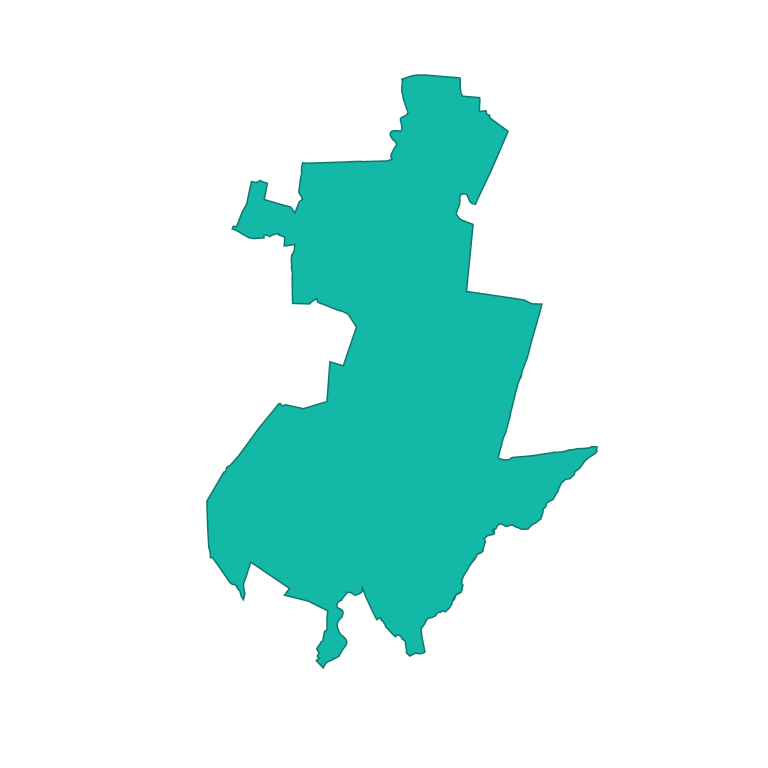 Dragomiresti, Dâmbovita, Romania, rotated 238°
{"feature_id": "2599482B73511430354191", "entity_name": "Dragomiresti", "entity_type": "district", "adm_level": 2, "iso_a3": "ROU", "parent_name": "Romania", "parent_adm1": "Dâmbovita", "projection": "equal_earth", "projection_center": [25.352, 44.9], "detail": "fine", "context": "isolated", "style": "filled", "palette": "teal", "viewbox_px": 768, "rotation_deg": 238, "n_neighbors": 0, "source": "geoboundaries", "source_scale": "gbopen_adm2", "svg_char_len": 6171}
<svg xmlns="http://www.w3.org/2000/svg" viewBox="0 0 768 768"><g transform="rotate(238 384 384)"><path d="M368.0,560.3L373.6,552.0L376.8,549.8L381.0,547.4L418.8,503.0L472.1,544.1L481.0,537.4L483.2,536.1L485.3,535.6L488.3,535.4L490.1,535.4L493.3,539.0L494.8,541.7L496.0,543.0L499.1,545.5L502.3,547.1L503.8,549.7L503.4,551.6L502.6,553.3L500.3,554.6L493.3,553.5L490.6,554.2L487.9,556.9L490.2,559.9L507.2,586.5L532.5,623.2L552.7,615.1L555.4,615.2L555.9,615.9L558.1,614.2L558.8,614.2L561.1,615.2L561.8,615.1L562.1,614.9L563.8,610.5L564.1,610.2L564.7,609.9L565.7,610.1L567.0,610.9L574.5,616.1L576.2,616.8L586.4,603.2L590.0,603.4L594.9,605.7L603.0,610.7L604.5,609.2L606.0,607.2L610.1,601.4L622.4,585.1L624.7,581.9L626.9,578.4L628.6,575.4L630.3,571.4L631.4,567.9L633.0,560.5L630.9,560.1L626.2,556.4L622.6,554.1L619.0,553.0L615.3,551.4L605.3,549.0L603.1,548.7L601.6,548.2L600.8,547.1L600.2,546.0L600.2,544.7L600.5,542.3L600.7,539.9L600.1,538.4L598.7,537.6L595.4,536.6L591.3,534.9L590.4,534.2L589.6,532.3L589.7,531.5L591.3,530.2L594.2,525.2L594.0,523.1L592.3,521.4L589.9,520.8L587.0,521.0L583.7,522.0L580.4,522.0L578.4,517.5L575.2,512.1L573.1,510.2L570.3,510.0L571.4,505.0L583.6,484.2L584.8,482.7L588.7,476.3L592.7,468.9L612.4,435.1L614.7,432.2L611.9,429.4L608.7,427.1L606.9,426.2L605.4,425.0L600.5,420.3L598.7,419.3L597.0,417.6L592.1,413.6L590.4,413.3L586.0,413.2L584.7,412.9L583.8,412.9L583.7,410.5L583.4,408.6L576.2,399.2L583.6,398.6L590.9,391.7L603.9,380.2L615.9,391.5L620.4,387.8L622.1,387.1L622.5,382.4L625.9,379.0L620.0,373.1L609.2,362.7L605.3,355.3L595.6,342.4L597.6,339.8L595.9,337.5L592.0,340.5L585.3,343.8L579.4,347.2L576.6,350.2L571.5,359.7L573.8,361.0L572.1,363.9L569.6,365.1L569.5,368.2L568.4,372.3L567.3,374.4L566.4,373.6L561.1,377.7L553.9,372.5L551.8,377.1L549.7,382.4L544.6,378.5L542.9,375.9L542.6,374.4L539.3,371.7L534.7,369.2L530.4,366.5L525.9,364.8L522.3,362.1L500.8,349.2L491.6,362.9L491.4,364.2L492.0,365.4L492.2,371.3L491.6,372.4L490.7,371.7L488.2,371.3L485.4,373.3L484.1,374.5L473.6,382.1L469.6,385.2L468.1,387.0L462.2,390.6L446.9,390.8L421.0,359.1L431.5,349.9L399.3,326.3L406.0,301.8L406.6,301.7L417.8,290.3L418.9,288.9L418.5,286.9L419.6,286.1L422.5,285.6L423.0,284.3L420.5,277.2L413.0,254.8L400.1,222.7L396.4,210.1L396.8,206.7L393.8,203.7L394.1,201.3L378.5,171.7L357.6,159.5L338.3,148.8L334.1,147.7L328.6,144.8L327.6,146.5L319.2,147.1L297.1,148.1L294.5,149.2L292.5,151.6L287.6,151.6L284.7,152.0L279.3,150.4L275.6,150.4L277.5,152.7L279.2,154.3L280.5,155.2L285.9,157.1L287.8,158.3L290.5,160.7L293.5,164.8L303.6,176.6L260.8,195.5L257.6,187.7L240.3,204.5L221.5,216.1L215.4,211.4L205.9,205.5L205.6,204.7L205.8,202.5L200.4,197.5L198.3,195.9L198.6,194.0L197.9,192.5L196.8,191.6L197.0,190.5L195.0,186.6L190.3,186.3L188.8,183.4L187.5,183.0L185.9,183.8L185.5,183.2L185.4,180.0L175.4,182.0L177.3,185.2L178.3,188.3L177.5,193.9L177.0,201.3L180.3,207.4L182.7,213.6L185.1,215.9L186.6,216.3L189.3,216.2L194.9,214.5L198.7,214.7L203.3,215.8L206.1,217.9L207.7,221.0L208.8,225.1L211.5,228.0L213.1,228.6L215.0,228.5L218.7,226.2L220.0,226.1L222.0,227.5L223.2,229.0L223.4,231.3L223.2,233.6L224.3,235.4L226.6,242.1L225.9,244.0L224.9,245.2L220.1,247.4L219.1,252.7L219.5,255.3L221.2,256.6L223.7,257.9L212.7,255.7L189.5,253.0L187.9,253.1L188.0,255.4L187.8,257.1L186.2,256.7L184.3,256.8L183.0,257.5L181.1,257.2L180.0,257.6L179.2,257.2L177.2,256.9L167.5,258.7L163.7,259.7L163.7,260.4L163.9,261.3L164.3,262.3L163.7,262.9L161.7,264.3L160.4,264.5L158.1,264.3L154.7,265.6L153.6,265.4L150.8,263.8L146.2,262.1L145.3,261.5L144.7,260.7L144.1,260.6L139.6,261.7L139.2,267.2L139.3,267.9L138.0,269.2L136.1,271.7L135.2,274.3L135.0,276.7L150.3,282.5L154.4,284.4L156.8,285.8L159.0,291.3L162.0,296.2L160.4,302.1L160.2,305.1L161.3,307.0L161.5,308.8L161.2,309.9L160.4,310.9L161.0,312.8L158.1,315.7L158.8,317.3L159.0,319.8L159.4,320.5L159.7,321.7L161.1,323.9L161.2,324.7L162.4,325.6L163.1,327.0L164.1,327.7L163.9,328.9L164.1,329.7L165.1,329.2L165.7,330.3L165.2,330.8L165.6,331.7L166.6,331.9L166.9,332.7L166.6,334.4L167.5,334.8L167.6,335.2L166.7,336.1L166.7,337.2L166.3,338.4L166.7,339.1L167.3,339.9L167.8,341.0L168.5,340.9L169.1,341.2L169.0,342.0L169.6,342.5L170.3,342.6L171.1,343.2L171.1,344.3L174.3,344.3L174.8,344.6L177.5,347.6L179.0,349.8L180.7,352.9L182.0,356.0L182.8,357.5L183.6,358.4L186.1,364.4L186.1,364.9L186.8,365.2L186.9,366.0L187.2,366.1L187.3,366.5L186.9,366.9L186.9,367.3L187.5,367.6L187.7,368.1L187.5,368.5L187.7,369.0L188.2,369.4L188.2,369.9L189.1,371.1L189.4,371.9L190.1,373.0L190.3,374.7L189.8,376.2L189.6,375.9L189.4,377.8L189.9,378.8L190.0,379.6L192.2,381.2L194.2,383.9L195.8,385.0L195.8,386.0L196.3,386.3L197.1,386.4L198.2,387.0L199.3,387.0L200.2,387.6L200.1,389.2L200.4,390.4L199.9,393.7L199.2,394.9L198.4,397.6L198.5,398.2L199.2,398.6L199.6,398.6L200.5,399.4L201.2,399.3L201.8,398.5L202.6,399.3L202.9,400.2L202.1,400.6L201.9,402.0L202.5,403.2L203.2,403.9L203.9,405.9L203.9,407.4L203.4,409.0L201.7,410.4L199.2,411.4L198.5,412.0L197.9,413.4L197.8,414.8L197.1,416.5L195.7,418.7L192.1,420.4L191.6,421.7L190.5,422.0L189.0,422.8L187.6,424.3L185.4,427.7L184.7,430.0L185.3,430.8L186.1,435.7L185.8,439.5L186.6,445.6L190.5,450.3L193.6,452.9L194.3,456.4L197.0,459.0L196.9,461.5L196.5,466.4L199.2,471.0L200.6,474.2L202.7,476.8L205.9,481.7L207.0,487.4L205.2,491.5L206.4,497.5L208.3,499.1L208.8,504.7L210.4,509.2L212.2,513.4L213.1,518.6L213.1,525.8L213.9,528.7L216.2,529.8L217.7,531.4L220.7,527.0L221.1,524.2L221.6,523.0L223.9,518.4L225.9,515.1L227.3,511.9L228.4,508.9L229.9,506.4L231.2,501.4L232.1,499.1L234.4,494.4L235.0,493.5L235.7,492.8L236.9,489.1L237.7,487.8L244.0,473.0L247.8,465.3L253.5,454.3L253.8,453.0L253.6,451.4L253.6,449.9L255.5,446.5L257.1,444.5L259.5,442.5L260.9,441.7L267.1,448.1L268.8,450.3L269.7,451.3L270.5,451.6L271.3,452.4L271.9,453.2L275.0,456.6L277.9,461.0L280.2,463.5L285.3,468.9L288.3,472.3L292.2,476.0L293.0,476.4L293.6,477.3L296.6,480.5L307.5,491.6L310.1,494.6L312.8,497.2L317.1,502.9L317.0,503.7L317.2,504.0L317.9,504.3L318.8,505.5L320.2,506.5L322.2,508.6L324.2,511.4L326.5,514.2L328.7,517.4L332.8,522.2L337.0,526.4L343.3,533.1L356.0,547.3L358.1,549.3L358.8,550.3L366.1,558.3L366.8,558.7L368.0,560.3Z" fill="#14b8a6" stroke="#0f766e" stroke-width="1.5"/></g></svg>